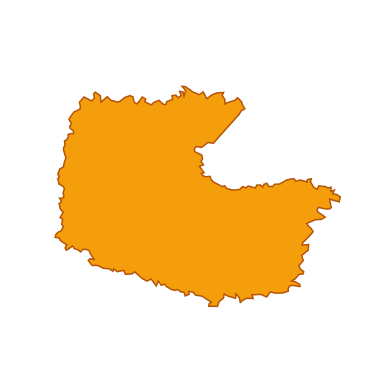 Fontoura Xavier, Rio Grande do Sul, Brazil, rotated 291°
{"feature_id": "56859067B33856190340106", "entity_name": "Fontoura Xavier", "entity_type": "district", "adm_level": 2, "iso_a3": "BRA", "parent_name": "Brazil", "parent_adm1": "Rio Grande do Sul", "projection": "equal_earth", "projection_center": [-52.364, -29.018], "detail": "fine", "context": "isolated", "style": "filled", "palette": "amber", "viewbox_px": 384, "rotation_deg": 291, "n_neighbors": 0, "source": "geoboundaries", "source_scale": "gbopen_adm2", "svg_char_len": 3388}
<svg xmlns="http://www.w3.org/2000/svg" viewBox="0 0 384 384"><g transform="rotate(291 192 192)"><path d="M235.4,54.7L231.7,57.3L229.1,57.6L226.6,55.3L224.5,53.2L221.9,52.4L217.9,51.4L215.6,51.1L212.7,55.1L209.4,54.3L207.6,55.7L206.7,59.2L204.2,60.6L203.1,58.0L201.4,55.7L199.1,56.9L195.7,56.1L194.0,54.7L189.8,56.8L187.5,56.1L184.6,57.4L178.6,62.1L174.3,62.1L169.2,63.0L166.3,60.3L163.3,60.4L160.5,60.4L158.3,62.7L156.0,61.8L154.1,63.7L151.8,64.8L151.1,69.6L149.6,71.6L144.5,72.1L142.5,73.9L139.5,73.2L138.8,70.6L136.2,73.8L133.6,72.1L128.6,75.4L127.1,79.0L120.8,78.0L120.2,81.1L115.2,81.9L113.7,84.2L109.0,83.8L106.4,81.3L103.6,80.1L100.6,80.5L101.5,84.5L99.5,86.4L97.8,94.0L94.2,93.6L92.6,95.7L98.8,99.9L96.9,102.5L97.2,106.3L96.1,109.4L99.4,110.7L100.6,114.0L100.3,117.2L98.0,119.1L94.0,124.7L93.0,120.5L90.8,119.7L87.6,125.1L89.0,128.3L89.6,131.0L89.0,136.5L90.6,142.1L89.7,146.6L92.2,146.4L90.8,150.7L94.4,156.5L91.3,159.3L94.2,165.6L96.9,166.9L93.3,176.9L92.7,181.9L96.1,185.0L91.5,192.3L96.7,192.4L93.9,196.8L96.2,199.4L94.6,201.9L93.6,207.8L93.9,211.0L95.7,213.5L94.8,217.5L95.5,220.6L92.5,222.9L95.6,226.0L98.0,224.5L98.9,229.2L97.0,232.0L98.4,239.0L97.1,244.3L96.0,249.6L93.7,248.0L91.3,248.6L94.4,256.8L99.4,256.5L104.3,259.5L108.3,258.5L107.7,263.3L108.4,270.8L112.6,269.4L110.3,274.0L106.2,276.7L109.3,278.4L112.4,281.1L114.5,287.3L117.4,284.8L121.0,292.7L120.8,299.4L126.8,300.9L127.3,305.6L130.2,312.9L133.9,317.4L136.6,316.4L138.9,316.8L140.7,318.6L142.4,326.7L144.3,325.7L145.2,320.7L144.7,316.9L147.9,319.4L153.4,321.4L155.4,325.1L157.7,324.8L158.8,321.0L161.2,318.3L165.6,319.6L167.8,320.5L172.0,317.1L179.4,321.3L184.8,319.7L181.9,313.9L184.5,313.6L188.9,315.6L193.9,317.8L198.3,319.3L200.7,316.3L202.0,312.7L203.8,310.4L210.4,317.2L212.8,322.6L216.3,325.4L218.5,316.4L220.5,315.0L223.0,315.7L224.1,323.0L225.4,326.3L227.3,327.6L234.6,323.0L235.5,332.9L240.5,332.2L241.6,328.2L240.6,323.9L244.8,324.2L242.4,321.3L246.3,320.1L244.5,317.5L244.9,314.5L243.9,311.2L243.2,308.1L239.4,307.9L239.9,304.2L243.9,299.0L247.1,298.6L244.8,295.2L242.4,295.8L242.4,291.7L241.8,288.3L239.1,285.1L240.9,282.7L239.8,280.2L237.2,276.1L233.0,272.8L230.9,271.0L228.8,266.3L226.0,265.4L224.7,261.6L227.0,258.8L225.0,256.4L221.8,256.4L223.1,253.6L221.6,249.9L218.5,249.8L217.7,242.3L215.1,240.7L215.3,237.3L211.7,235.8L208.8,230.5L208.0,226.6L207.8,223.0L209.6,220.3L207.9,218.4L208.6,212.5L209.0,208.4L210.9,205.0L213.1,203.4L211.1,199.2L211.2,196.2L212.8,194.1L214.3,196.4L216.4,193.2L218.7,189.7L221.4,193.0L223.9,189.4L226.6,190.0L230.0,187.8L230.7,179.9L233.1,178.8L236.0,179.6L237.0,184.9L240.9,187.4L243.9,188.9L245.1,194.4L259.2,199.7L281.6,208.3L285.6,208.8L288.6,211.5L291.8,207.5L293.9,206.0L296.4,200.7L293.0,199.2L288.3,193.3L286.0,191.3L290.0,189.6L292.9,185.6L296.2,185.8L293.5,179.9L291.0,176.9L288.9,175.2L284.4,172.4L289.5,166.6L285.5,164.0L285.7,156.9L288.0,148.1L287.1,144.9L284.5,149.6L278.6,150.2L282.2,147.7L281.5,144.3L278.1,147.4L275.0,145.1L276.7,142.2L274.7,138.8L271.5,140.6L267.3,136.0L264.3,136.3L263.6,133.7L265.8,128.4L261.8,124.1L258.8,122.9L259.0,118.8L259.3,115.7L262.2,115.4L262.9,111.5L256.4,109.8L254.3,108.4L255.4,105.5L259.5,102.9L259.9,99.8L256.1,95.3L250.8,92.3L249.3,90.3L248.6,83.3L250.6,78.7L243.3,74.8L249.1,71.8L250.6,66.0L248.5,65.0L244.9,67.2L241.1,65.8L242.0,57.1L235.4,54.7Z" fill="#f59e0b" stroke="#b45309" stroke-width="1.5"/></g></svg>